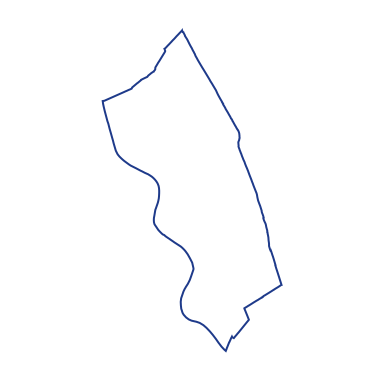 the district of Lopik, Utrecht, Netherlands, rotated 84°
{"feature_id": "6326949B97795105718991", "entity_name": "Lopik", "entity_type": "district", "adm_level": 2, "iso_a3": "NLD", "parent_name": "Netherlands", "parent_adm1": "Utrecht", "projection": "natural_earth1", "projection_center": [4.939, 51.982], "detail": "fine", "context": "isolated", "style": "outline", "palette": "blue", "viewbox_px": 384, "rotation_deg": 84, "n_neighbors": 0, "source": "geoboundaries", "source_scale": "gbopen_adm2", "svg_char_len": 5616}
<svg xmlns="http://www.w3.org/2000/svg" viewBox="0 0 384 384"><g transform="rotate(84 192 192)"><path d="M92.2,271.3L95.0,271.2L97.9,270.9L102.5,270.3L107.6,269.5L112.7,268.7L115.2,268.1L120.7,267.3L124.6,266.6L129.9,265.7L132.7,265.2L135.6,264.8L142.7,263.5L143.4,263.3L145.5,262.5L146.8,262.0L147.1,261.8L149.1,260.5L150.7,259.2L152.2,257.9L153.8,256.4L155.2,254.9L158.2,251.6L159.4,250.1L162.6,245.1L165.5,240.8L166.2,239.6L168.0,236.9L169.1,235.0L169.7,233.9L171.1,232.1L172.5,230.4L174.1,228.9L175.9,227.5L177.8,226.3L179.9,225.3L182.4,224.6L184.8,224.4L187.4,224.5L189.9,224.8L192.5,225.2L195.0,225.7L197.5,226.5L199.1,227.1L200.0,227.5L201.9,228.4L204.7,229.7L205.6,230.2L206.9,230.6L211.9,232.0L213.9,232.6L215.9,232.9L218.0,233.0L220.0,232.7L220.7,232.4L223.9,230.7L226.2,229.5L228.2,228.0L230.3,226.3L231.3,225.3L231.9,224.1L232.6,223.5L233.0,223.2L233.9,222.2L238.5,216.8L239.0,216.2L239.6,215.5L240.0,215.1L245.1,208.8L246.6,207.4L248.1,206.2L248.6,205.8L250.2,204.7L253.5,202.8L257.9,200.9L262.3,199.2L267.2,198.6L268.1,198.5L269.3,198.7L275.8,201.7L279.3,203.4L282.9,205.7L286.0,208.2L286.2,208.3L287.8,209.5L290.1,210.9L293.8,212.6L296.6,213.9L300.1,214.7L303.5,214.9L305.6,214.9L307.0,214.9L308.7,214.5L310.4,214.2L311.5,213.9L313.2,213.1L316.1,211.0L318.4,208.5L319.9,205.9L320.7,203.6L321.5,201.2L323.0,198.0L325.6,194.6L328.6,191.8L332.5,188.8L336.2,186.3L340.3,183.8L344.8,181.3L348.9,178.8L352.2,176.3L353.6,175.0L351.5,173.9L351.3,173.9L349.5,172.9L345.3,170.7L345.2,170.5L341.7,168.5L340.0,167.4L340.3,167.3L340.8,166.9L341.3,166.3L341.7,165.7L341.3,165.3L340.8,164.8L339.8,163.8L338.9,162.8L337.2,161.1L337.0,160.8L334.7,158.5L334.3,158.1L333.2,157.0L331.9,155.7L331.2,155.0L326.6,150.4L325.5,149.2L325.3,149.0L325.1,148.9L324.9,148.8L321.3,149.8L315.4,151.5L313.4,152.1L313.1,152.1L311.5,148.7L311.1,148.0L310.7,147.0L310.6,146.9L310.3,146.2L308.8,143.2L308.2,142.0L307.4,140.3L306.9,139.3L306.7,138.8L306.1,137.4L305.6,136.5L304.9,135.0L304.6,134.2L304.4,133.8L304.3,133.5L304.2,133.5L304.2,133.4L304.0,133.0L303.9,133.0L303.7,132.7L303.8,132.6L303.6,132.3L303.4,132.3L302.8,131.4L302.5,130.6L300.1,125.6L296.9,119.2L295.4,116.0L293.7,112.8L293.7,112.7L285.3,114.4L280.0,115.5L276.8,116.2L273.6,116.8L273.5,116.6L268.6,117.5L267.4,117.7L267.0,117.8L266.5,117.9L264.9,118.2L263.3,118.6L260.9,119.1L260.0,119.3L259.5,119.4L258.0,119.8L258.2,120.1L257.2,120.4L256.7,120.5L253.9,121.0L253.5,121.0L252.8,120.9L251.4,120.8L250.6,120.8L248.1,120.9L245.6,120.8L245.0,120.8L244.8,120.8L243.8,120.9L243.5,120.9L243.4,120.9L242.4,121.0L241.9,121.1L240.6,121.1L239.6,121.2L239.6,121.3L237.9,121.2L237.7,121.3L234.6,121.8L233.2,121.9L232.8,121.9L231.1,122.2L228.6,123.1L227.9,123.3L226.8,123.6L226.4,123.6L225.5,123.8L225.4,123.6L225.2,123.4L224.8,123.4L224.7,123.5L224.2,123.6L223.8,123.6L223.5,123.6L222.8,123.8L222.5,123.9L221.8,124.0L220.5,124.4L219.1,124.7L218.7,124.7L217.6,124.7L217.3,124.8L216.8,124.9L212.9,125.7L211.5,126.1L207.6,127.1L207.0,127.2L205.4,127.4L205.1,127.4L204.6,127.5L203.1,127.6L202.9,127.6L201.3,127.7L199.7,128.0L198.7,128.3L197.3,128.7L191.5,130.3L190.5,130.5L189.4,130.8L188.0,131.2L186.8,131.5L185.9,131.7L181.6,132.9L180.1,133.3L179.6,133.4L178.5,133.7L178.2,133.8L177.1,134.0L175.5,134.5L174.3,134.8L174.1,134.9L173.4,135.1L172.2,135.5L169.3,136.3L167.8,136.6L166.3,137.1L165.5,137.4L164.5,137.7L164.3,137.7L161.6,138.5L159.0,139.1L158.5,139.3L157.7,139.5L157.1,139.7L156.9,139.7L155.2,140.2L154.0,140.4L153.1,140.7L152.6,140.8L151.7,141.0L150.7,140.8L149.9,140.8L148.6,140.8L148.1,140.7L147.8,140.8L147.5,140.7L147.0,140.6L146.8,140.5L146.5,140.4L146.3,140.2L145.7,139.9L145.3,139.7L144.8,139.5L144.4,139.5L143.5,139.1L143.3,139.0L143.0,139.0L142.4,139.0L141.9,139.0L140.9,138.9L138.7,138.9L138.1,139.0L137.4,139.1L137.2,139.2L136.1,139.5L135.6,139.7L135.3,139.9L135.1,139.9L134.6,140.3L134.3,140.4L134.0,140.5L133.8,140.7L133.4,140.8L132.7,141.2L132.3,141.3L131.3,141.7L131.0,141.9L130.8,142.0L128.0,143.2L125.8,144.1L125.7,144.2L125.6,144.3L125.4,144.4L124.7,144.5L124.2,144.7L123.7,144.9L123.0,145.5L122.9,145.5L122.0,145.8L121.7,145.9L120.7,146.3L119.2,147.0L116.6,148.1L112.6,150.0L112.3,150.0L110.9,150.6L109.6,151.2L108.6,151.7L108.2,151.8L107.4,152.1L107.0,152.2L106.9,152.2L106.7,152.3L106.7,152.2L106.5,152.3L105.5,152.7L103.1,153.8L100.8,154.8L98.4,155.8L96.8,156.4L93.5,157.5L93.0,157.7L91.1,158.6L90.4,158.9L88.5,159.8L86.5,160.7L85.7,161.1L84.7,161.6L83.9,162.0L83.0,162.4L82.0,162.8L79.4,164.0L74.5,166.3L70.7,168.1L69.3,168.8L68.4,169.2L66.7,170.0L62.3,172.0L61.2,172.5L60.4,172.8L60.0,173.0L59.4,173.2L59.0,173.4L58.7,173.5L57.5,174.1L57.1,174.2L56.2,174.5L55.3,174.7L55.2,174.7L54.4,175.1L53.2,175.5L52.3,175.9L51.1,176.4L50.6,176.6L48.6,177.3L47.6,177.8L44.7,179.0L40.1,180.7L39.2,181.1L36.4,182.5L36.0,182.7L35.7,182.6L34.1,183.2L32.4,183.9L32.2,183.9L32.1,184.1L31.9,184.4L31.9,184.5L31.1,184.7L30.9,184.8L30.5,185.1L30.4,185.1L30.5,185.2L32.1,187.1L32.7,187.8L34.5,189.9L35.5,191.1L36.7,192.4L38.2,194.1L38.8,194.9L43.0,199.7L43.7,200.6L45.9,203.1L46.1,203.4L46.3,203.7L46.5,203.9L46.6,204.0L46.7,204.4L49.0,203.9L49.3,204.0L49.5,204.1L50.1,204.5L51.4,205.5L58.3,210.8L60.1,212.3L61.1,213.0L62.3,213.9L63.5,214.8L64.0,215.2L64.3,215.4L64.8,215.5L66.2,215.8L66.3,215.8L66.8,216.2L67.8,217.2L68.2,217.4L68.2,217.7L68.4,218.0L69.5,220.1L70.6,221.7L71.4,223.0L71.9,223.6L72.8,224.4L73.8,227.3L75.1,230.8L75.3,230.8L77.9,234.7L78.0,235.0L81.8,240.6L82.3,240.9L82.8,241.1L83.1,241.8L83.2,242.1L83.7,243.6L83.8,244.1L84.6,246.4L85.0,247.8L85.2,248.3L90.0,263.1L91.9,269.0L92.1,269.5L92.2,271.3Z" fill="none" stroke="#1e3a8a" stroke-width="2"/></g></svg>